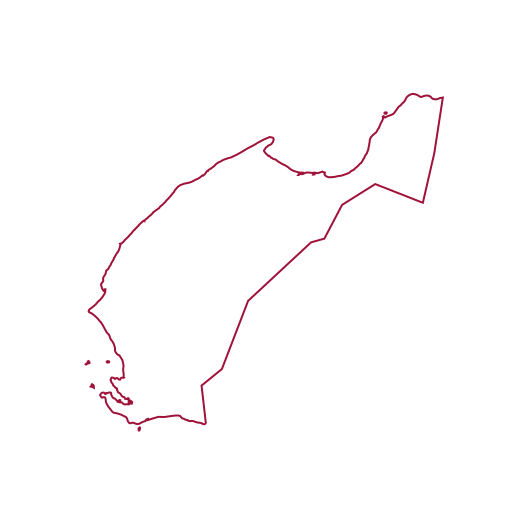 outline of South Bougainville District, North Solomons, Papua New Guinea, rotated 103°
{"feature_id": "67681753B57205815556164", "entity_name": "South Bougainville District", "entity_type": "district", "adm_level": 2, "iso_a3": "PNG", "parent_name": "Papua New Guinea", "parent_adm1": "North Solomons", "projection": "orthographic", "projection_center": [155.545, -6.496], "detail": "fine", "context": "isolated", "style": "outline", "palette": "rose", "viewbox_px": 512, "rotation_deg": 103, "n_neighbors": 0, "source": "geoboundaries", "source_scale": "gbopen_adm2", "svg_char_len": 6100}
<svg xmlns="http://www.w3.org/2000/svg" viewBox="0 0 512 512"><g transform="rotate(103 256 256)"><path d="M115.8,105.4L59.6,109.6L60.8,112.4L62.7,115.2L63.1,117.5L63.1,119.0L62.7,120.0L61.6,121.6L61.3,122.4L61.4,122.5L61.2,122.8L61.0,124.0L61.3,126.1L62.3,128.3L63.6,130.3L64.0,131.0L63.7,132.5L62.7,135.5L62.6,137.8L62.8,139.9L64.1,142.1L65.3,143.4L66.5,144.3L67.7,145.0L70.5,145.7L72.3,146.3L75.2,148.3L76.4,148.8L78.5,150.6L85.5,153.5L86.6,154.1L87.9,155.7L90.8,160.1L92.1,161.5L91.0,163.1L91.6,163.8L92.8,163.3L94.6,163.2L98.9,164.3L103.2,165.0L105.9,166.0L106.8,166.1L108.6,166.8L110.9,168.6L113.5,170.3L115.2,171.0L116.0,171.0L117.3,171.3L119.1,170.9L121.0,170.9L122.6,170.7L126.1,170.7L126.7,170.5L131.4,171.2L132.3,171.7L134.8,172.5L136.3,172.6L137.4,173.2L139.3,173.6L141.8,174.6L143.2,175.8L144.9,176.6L149.1,179.7L149.6,179.8L152.1,182.6L153.5,183.5L155.2,185.5L158.5,190.8L159.7,194.0L161.5,197.8L162.7,201.9L162.9,203.7L162.6,205.0L162.3,206.1L161.1,207.6L160.5,207.7L159.4,207.5L159.1,207.8L159.2,209.4L158.8,210.3L161.1,213.9L161.5,214.9L161.5,216.3L161.8,216.8L162.6,217.2L163.3,217.3L163.8,218.6L162.7,218.4L162.2,217.8L161.7,218.0L162.4,219.8L162.8,223.4L163.4,225.9L165.4,228.6L165.8,229.2L166.3,231.6L167.5,232.7L167.6,233.1L166.6,232.7L166.0,232.1L165.5,231.1L165.3,230.0L164.1,227.9L164.9,232.5L164.8,236.7L164.6,238.5L163.9,241.4L163.2,242.9L162.3,244.5L161.4,247.1L160.6,249.8L160.8,250.1L158.9,255.9L157.6,258.5L157.6,260.8L157.0,262.2L156.9,263.1L155.4,265.7L155.8,266.3L153.9,269.4L152.3,271.5L151.6,271.9L151.0,271.9L149.8,271.2L148.2,270.9L146.6,269.4L145.6,268.9L144.8,267.6L143.6,266.3L142.9,265.9L141.0,265.1L138.4,265.0L137.8,265.3L137.2,265.8L136.9,266.7L137.0,269.4L140.6,274.4L144.8,279.3L148.2,282.7L153.2,288.6L158.9,294.5L162.8,298.9L163.2,299.6L165.6,302.5L166.7,304.7L168.2,307.2L169.9,309.7L172.5,312.5L172.8,313.2L175.4,315.6L177.8,317.0L180.6,319.3L182.9,321.7L184.1,322.0L184.2,322.6L184.5,322.9L187.9,324.3L189.6,325.6L189.4,326.2L192.8,328.9L193.8,330.0L195.4,332.2L197.9,335.0L199.3,337.1L200.6,339.7L201.0,340.9L202.5,343.5L204.0,345.7L205.8,347.5L210.5,350.0L211.4,350.1L212.6,350.5L213.7,351.3L214.6,351.6L219.7,354.3L222.2,355.9L223.9,356.6L227.4,358.9L229.5,360.6L231.0,361.1L236.4,365.9L238.6,366.9L242.1,369.6L243.7,370.4L244.5,371.3L246.3,372.5L247.0,372.5L246.7,373.1L248.2,374.5L252.1,377.1L253.3,377.4L254.1,378.2L255.2,378.6L255.9,379.3L258.0,380.3L258.7,381.0L262.0,382.5L264.0,383.8L265.9,384.7L270.1,387.5L271.4,388.0L273.7,389.5L274.3,390.3L274.3,390.8L274.7,391.3L275.4,390.6L280.1,390.8L282.8,391.3L283.5,391.8L286.6,392.9L287.0,392.9L288.5,393.5L289.2,393.5L290.0,394.0L291.3,394.0L295.7,395.4L297.4,395.6L298.9,396.3L301.1,396.8L302.5,397.4L303.3,398.3L303.8,398.6L307.4,398.6L310.4,399.7L311.9,400.0L312.8,399.9L314.0,399.3L315.2,399.3L315.7,399.6L318.4,400.7L319.4,400.3L322.0,398.8L324.0,397.1L324.4,396.3L324.4,395.4L323.9,395.4L322.9,396.2L322.6,396.1L322.3,395.3L324.9,394.8L326.9,395.1L330.3,396.3L334.4,398.4L335.5,399.4L339.4,401.4L343.7,404.7L345.1,406.0L345.8,406.4L346.7,406.6L347.6,406.6L348.3,405.9L348.9,403.1L350.6,399.5L352.5,396.3L354.7,393.5L355.3,392.4L357.6,390.0L363.7,384.6L365.9,381.5L366.7,380.8L367.9,380.2L370.1,378.6L371.3,377.0L373.4,375.0L376.4,373.2L377.7,372.6L379.9,372.1L380.7,371.6L381.9,370.5L383.0,368.9L383.5,367.6L383.5,366.8L387.4,362.9L389.8,361.6L393.0,360.3L396.1,360.0L398.0,359.5L400.7,358.4L402.5,358.0L403.7,357.9L404.2,357.2L404.4,357.4L404.5,358.4L404.9,359.6L405.2,360.0L405.6,360.3L406.8,360.5L407.1,360.8L407.2,361.7L406.2,363.6L406.2,364.2L406.5,364.8L407.5,365.7L407.5,366.0L406.7,367.3L406.9,369.2L407.4,369.6L409.5,369.8L410.6,368.9L411.1,368.8L411.6,368.5L412.8,366.9L414.3,365.9L415.0,364.5L416.0,363.3L416.1,362.2L416.6,361.5L417.6,361.4L418.5,360.5L419.3,360.3L420.0,359.5L420.1,358.5L420.9,356.9L422.4,355.5L423.1,354.3L423.1,352.8L423.4,352.2L424.2,351.8L424.7,351.2L424.4,349.8L423.4,348.9L423.3,348.2L423.5,348.0L424.8,348.1L425.2,347.5L424.9,346.9L425.3,345.6L425.9,344.1L426.2,343.8L427.8,343.8L428.0,344.3L426.4,346.5L426.5,347.1L426.8,347.3L427.2,347.3L427.9,346.8L428.4,346.1L429.0,346.2L429.3,346.9L429.6,349.1L430.1,350.1L430.1,351.2L429.7,352.5L428.9,353.5L428.8,354.3L429.2,355.3L429.2,357.9L428.1,359.1L426.6,361.6L426.6,362.9L425.9,363.9L424.5,365.3L423.5,366.0L422.3,366.2L421.9,366.5L421.8,366.9L421.8,367.4L422.3,369.0L422.9,369.7L423.0,370.7L423.6,371.3L424.2,371.3L424.4,371.6L424.3,372.0L423.5,372.8L423.4,373.2L423.5,374.5L423.9,375.3L424.9,376.1L426.0,376.6L426.7,376.6L428.6,374.7L428.6,374.0L427.7,372.5L427.8,371.4L428.6,370.6L432.1,369.3L433.7,368.2L435.8,366.2L440.2,360.8L440.7,359.4L440.6,354.8L440.9,352.0L442.2,346.4L443.3,345.2L445.5,343.9L446.8,342.6L447.3,341.8L447.2,340.6L446.3,339.3L446.1,337.3L446.5,335.5L446.5,333.9L445.6,331.8L443.4,329.4L441.9,327.0L440.2,326.2L438.8,324.5L439.1,324.0L440.6,325.7L440.8,325.6L440.7,325.2L438.8,322.2L434.7,315.0L433.5,309.0L430.8,302.2L429.4,298.1L428.9,295.7L428.9,294.0L430.5,291.9L430.8,290.8L430.8,289.7L431.1,289.0L431.4,286.9L431.2,285.9L431.6,285.5L431.8,284.4L431.8,283.5L431.1,281.2L431.0,280.0L431.1,278.4L431.3,277.9L431.4,275.1L431.2,273.9L431.1,271.3L431.5,270.9L431.7,268.9L431.3,268.1L431.0,267.8L429.8,267.4L394.5,279.9L373.8,263.8L301.5,253.6L230.3,205.4L223.7,193.3L186.8,183.6L159.1,156.0L166.6,105.4L115.8,105.4ZM420.5,385.8L420.9,384.3L418.7,385.0L418.3,385.6L417.8,386.9L418.2,387.2L419.3,387.1L420.4,387.7L420.5,385.8ZM398.9,396.1L397.8,394.2L397.2,394.2L396.1,395.3L396.0,395.7L396.6,396.1L397.2,396.1L398.4,396.5L399.8,397.6L400.0,397.2L398.9,396.1ZM450.9,331.6L452.1,331.2L452.4,330.9L452.4,330.6L451.5,330.2L449.7,330.2L449.2,330.5L449.2,330.8L449.8,331.3L450.3,331.6L450.9,331.6ZM392.9,377.5L393.3,376.9L393.2,376.4L392.6,375.3L392.0,375.3L391.7,375.6L391.8,377.0L392.5,377.7L392.9,377.5ZM88.0,162.9L88.3,162.4L88.3,161.8L88.0,161.1L87.5,160.8L87.0,160.8L86.7,161.2L87.1,162.6L87.5,163.0L88.0,162.9ZM428.2,357.2L428.5,356.7L428.2,356.1L427.5,355.8L427.1,355.8L426.9,356.3L427.1,356.7L427.8,357.2L428.2,357.2Z" fill="none" stroke="#9f1239" stroke-width="2"/></g></svg>